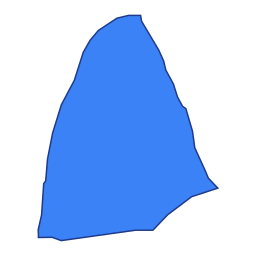 San José Chacayá, Sololá, Guatemala
{"feature_id": "79465075B53734633338650", "entity_name": "San José Chacayá", "entity_type": "district", "adm_level": 2, "iso_a3": "GTM", "parent_name": "Guatemala", "parent_adm1": "Sololá", "projection": "albers", "projection_center": [-91.228, 14.774], "detail": "fine", "context": "isolated", "style": "filled", "palette": "blue", "viewbox_px": 256, "rotation_deg": 0, "n_neighbors": 0, "source": "geoboundaries", "source_scale": "gbopen_adm2", "svg_char_len": 534}
<svg xmlns="http://www.w3.org/2000/svg" viewBox="0 0 256 256"><path d="M98.3,30.5L90.1,40.3L83.3,52.2L74.3,80.4L61.4,104.7L52.6,133.1L47.5,159.1L45.7,180.8L43.7,183.6L41.6,214.9L38.2,229.8L38.4,234.2L38.4,237.5L52.2,237.3L61.2,240.6L135.3,230.2L152.9,230.2L167.7,214.7L191.6,196.7L217.8,188.1L208.3,178.1L205.2,170.6L194.8,147.9L192.5,131.2L185.8,108.5L182.7,106.5L177.6,97.3L173.4,84.0L165.8,70.1L163.7,61.1L158.7,50.0L141.6,21.3L140.6,15.4L128.6,15.4L116.9,18.2L98.3,30.5Z" fill="#3b82f6" stroke="#1e3a8a" stroke-width="1.5"/></svg>